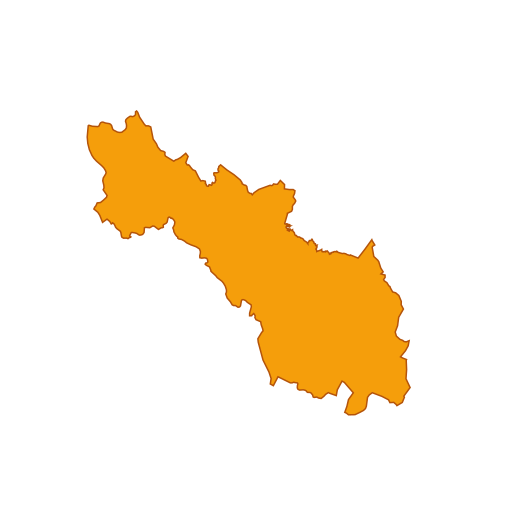 the district of Antananarivo Avaradrano, Analamanga, Madagascar, rotated 143°
{"feature_id": "10022922B99940912082943", "entity_name": "Antananarivo Avaradrano", "entity_type": "district", "adm_level": 2, "iso_a3": "MDG", "parent_name": "Madagascar", "parent_adm1": "Analamanga", "projection": "mercator", "projection_center": [47.627, -18.918], "detail": "fine", "context": "isolated", "style": "filled", "palette": "amber", "viewbox_px": 512, "rotation_deg": 143, "n_neighbors": 0, "source": "geoboundaries", "source_scale": "gbopen_adm2", "svg_char_len": 6134}
<svg xmlns="http://www.w3.org/2000/svg" viewBox="0 0 512 512"><g transform="rotate(143 256 256)"><path d="M185.6,284.7L186.4,286.8L189.3,288.9L192.9,292.5L190.2,295.9L191.1,301.7L195.7,300.4L197.2,301.5L198.6,303.0L200.3,302.5L201.3,302.9L202.2,304.0L213.7,307.5L219.6,307.7L222.2,307.1L222.2,308.9L223.2,309.7L223.8,311.7L223.3,313.4L221.5,317.1L221.7,318.7L222.5,319.4L223.6,322.1L223.0,323.1L222.8,326.2L224.7,334.3L227.4,342.1L229.4,350.1L231.8,349.9L232.7,349.0L234.0,348.4L234.7,347.3L234.6,346.3L235.2,345.6L236.2,345.7L237.5,346.2L239.4,347.7L240.1,347.3L240.9,345.8L240.7,344.1L241.1,343.2L241.9,342.3L242.4,340.6L243.5,340.3L243.9,339.7L245.0,339.3L246.1,339.8L246.4,340.9L247.3,340.7L248.2,339.4L249.1,339.3L249.8,340.5L250.5,341.2L252.1,340.4L252.8,341.0L253.2,341.9L252.6,343.3L252.9,344.3L251.9,345.3L251.5,346.3L253.2,348.3L254.9,349.1L254.5,353.4L253.2,360.5L254.6,363.0L254.8,366.1L254.7,368.5L255.1,369.5L255.6,369.5L256.1,370.2L255.9,372.8L250.3,376.4L250.3,380.3L256.9,380.0L260.7,380.5L262.1,381.1L264.6,381.2L268.2,390.3L267.7,392.0L266.3,393.5L266.8,395.1L268.7,397.6L268.9,402.0L268.0,405.5L267.8,411.2L262.4,422.4L263.5,424.6L265.7,426.3L265.9,428.9L265.4,437.0L264.0,441.9L264.1,443.7L265.4,443.7L267.2,441.4L268.6,441.1L270.0,441.3L271.0,441.8L271.8,442.9L272.7,443.4L275.7,443.5L277.8,443.2L279.1,442.2L280.0,439.7L281.0,437.9L282.6,436.2L284.6,435.6L288.7,435.6L290.4,436.6L292.0,438.2L294.0,442.3L294.1,443.5L292.8,447.2L292.9,448.8L293.5,450.0L296.1,452.7L297.7,455.1L298.7,455.7L300.0,455.9L300.9,455.6L303.0,454.4L304.4,454.5L308.6,458.1L310.8,461.0L311.6,461.0L319.2,452.6L322.6,447.1L325.1,441.2L326.5,435.0L326.7,431.8L326.3,427.8L324.9,421.1L324.5,418.0L324.8,414.8L325.5,412.8L326.6,412.0L331.1,410.2L333.1,408.3L335.0,404.0L336.4,401.9L338.2,400.9L338.5,393.9L339.2,393.6L339.9,392.9L344.4,392.4L348.0,392.3L350.9,394.0L353.7,392.4L355.3,392.1L357.2,391.1L356.0,386.1L356.3,382.5L358.3,375.2L352.8,375.1L352.0,371.6L352.3,368.7L351.6,368.5L350.6,368.8L350.1,367.4L350.3,365.4L350.8,363.6L350.7,361.7L349.5,357.6L349.7,356.3L351.5,352.8L351.8,351.7L351.1,350.0L348.5,348.1L347.8,346.9L346.2,346.9L344.8,346.4L344.4,346.6L344.6,347.2L345.0,347.6L344.7,348.3L341.5,349.8L340.8,349.4L338.6,347.1L337.5,345.5L337.0,343.7L336.4,342.7L335.2,342.0L333.7,341.5L332.8,341.6L331.2,342.2L328.1,345.7L326.9,345.3L323.8,342.5L320.4,342.1L319.3,340.9L317.9,335.9L314.9,335.6L313.5,334.8L312.7,334.7L311.7,336.3L311.0,336.7L308.1,336.2L306.5,336.6L304.0,338.8L303.3,339.4L302.3,339.5L301.5,339.0L301.3,337.5L301.0,337.0L300.5,337.0L300.1,335.7L300.0,333.6L300.4,331.9L302.5,329.9L305.5,328.5L306.1,326.4L307.0,324.7L307.5,321.5L307.4,319.3L307.0,318.4L307.7,317.4L307.4,316.1L305.5,314.0L304.1,310.9L303.5,308.3L301.4,304.3L298.2,299.3L296.9,295.7L297.6,293.2L298.8,291.7L300.8,290.0L301.9,288.4L300.7,287.0L298.2,285.5L296.9,284.0L296.8,282.6L298.0,280.2L299.3,280.0L300.4,280.6L301.5,280.1L301.3,278.6L299.7,275.3L300.7,271.6L301.1,271.2L301.1,270.4L300.0,264.4L300.0,262.1L298.4,256.3L298.3,254.0L298.7,250.4L300.0,246.7L301.3,245.0L303.0,243.9L304.3,239.7L304.0,234.9L304.4,231.3L303.6,229.8L302.2,228.8L301.2,225.9L299.8,225.2L298.4,225.5L294.4,229.2L293.3,229.4L292.1,228.5L291.1,226.6L290.8,224.2L289.3,219.9L290.3,218.2L295.5,214.2L297.1,212.1L295.4,210.9L294.4,211.3L292.4,211.4L292.6,208.8L293.9,207.5L294.3,205.1L291.8,200.7L293.2,198.0L294.5,193.8L295.4,192.0L297.6,191.5L304.3,188.8L306.1,185.8L313.0,168.7L315.5,155.4L317.7,149.0L321.6,145.2L320.2,142.0L311.1,146.3L304.9,134.0L303.6,133.0L301.7,132.4L301.2,131.6L299.3,129.7L299.5,128.7L301.1,127.4L302.4,125.8L302.7,124.3L301.9,122.7L298.8,120.7L297.7,119.4L297.1,118.2L297.1,116.7L296.8,116.0L295.0,114.5L294.5,113.5L294.4,111.0L295.2,109.0L294.7,108.1L292.4,106.8L291.4,104.8L289.7,103.0L286.2,103.1L283.6,103.6L280.5,103.4L279.6,101.8L275.9,96.2L271.6,100.2L262.6,104.3L261.5,101.9L260.6,88.2L268.5,85.7L273.9,81.2L279.2,77.7L278.3,76.0L277.7,73.5L272.4,69.7L267.1,68.6L263.2,68.0L261.6,68.1L260.4,68.3L258.3,69.6L252.0,76.0L249.1,76.9L245.4,76.8L239.9,68.1L236.7,61.4L237.3,58.3L234.1,56.2L233.4,53.0L233.5,51.7L227.3,51.0L222.5,53.9L222.3,55.1L212.1,58.2L210.1,67.7L204.2,74.5L198.8,82.3L198.1,82.7L200.1,86.0L201.3,88.5L193.6,90.4L188.5,92.7L184.7,96.2L187.7,97.0L189.3,98.7L189.6,100.3L191.2,102.8L192.1,107.5L190.6,111.5L184.9,115.1L178.9,121.2L170.2,124.9L169.4,129.7L167.3,132.3L165.7,138.5L166.6,142.5L168.5,145.1L167.9,149.5L167.4,151.0L167.9,152.3L167.5,155.9L168.5,158.9L168.3,160.4L165.8,161.2L164.4,163.1L167.0,166.5L164.0,166.8L163.6,171.3L161.4,177.5L161.3,179.4L162.2,184.7L158.1,192.8L157.6,193.3L157.0,193.5L154.5,193.3L154.0,198.4L153.7,199.3L165.1,195.8L175.7,192.9L180.0,200.0L180.4,199.8L180.7,199.9L182.6,202.6L182.9,203.6L184.2,205.2L185.6,206.0L188.2,209.4L188.5,210.8L188.8,210.7L189.0,211.3L189.4,211.1L190.5,212.2L191.4,212.6L191.9,212.4L192.6,213.0L193.6,213.0L193.8,213.4L194.3,213.4L194.4,212.9L195.1,212.7L195.4,213.3L196.2,213.3L195.8,214.1L196.1,217.3L197.8,217.4L197.6,218.0L199.3,218.4L199.8,219.2L200.5,219.5L200.3,220.6L199.6,221.7L200.3,221.7L204.8,223.0L204.1,224.0L204.1,225.3L203.5,225.8L203.3,225.6L202.1,226.3L201.5,227.0L201.7,227.4L200.7,227.9L202.0,228.6L201.4,229.7L201.6,229.7L201.5,230.2L201.9,231.7L201.4,232.2L201.6,234.6L201.1,235.2L201.1,235.6L201.2,235.8L202.9,235.3L204.1,236.2L205.7,235.4L206.6,235.6L207.2,234.7L207.2,236.6L208.3,239.5L208.1,240.9L208.4,242.0L209.0,243.1L209.4,243.3L209.6,244.4L210.1,245.3L211.3,246.1L211.5,248.2L211.9,248.3L212.2,249.6L211.4,251.4L211.5,254.3L211.0,255.0L212.4,255.1L212.5,257.1L212.9,257.4L213.4,257.4L213.9,256.1L214.5,255.8L215.4,257.7L213.8,258.3L214.0,258.8L214.8,259.4L214.8,260.5L214.6,261.0L213.7,261.5L212.9,260.6L211.9,260.6L212.1,259.3L211.9,259.0L211.6,259.0L211.5,259.4L210.5,259.3L211.0,259.7L210.3,260.3L210.2,260.7L211.2,261.7L212.6,262.0L212.5,262.4L211.7,262.8L212.1,263.3L213.2,263.7L213.6,264.5L213.1,265.0L205.5,270.7L205.3,271.2L200.7,270.3L198.9,271.3L197.1,273.7L195.5,274.5L193.6,274.8L191.3,275.9L190.9,276.7L190.8,280.6L190.0,281.4L187.6,282.7L185.6,284.7Z" fill="#f59e0b" stroke="#b45309" stroke-width="1.5"/></g></svg>